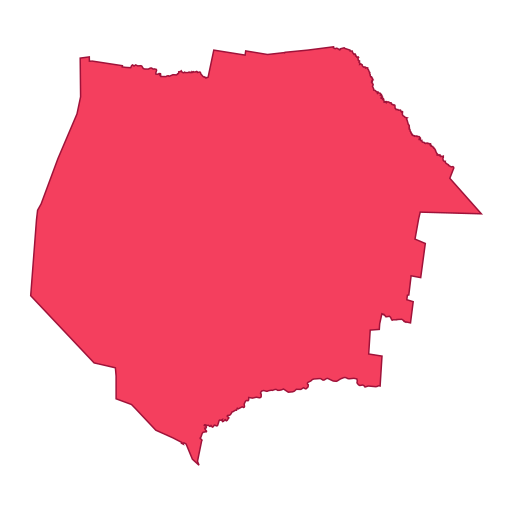 Hidalgo, Tamaulipas, Mexico (Robinson projection)
{"feature_id": "50627088B14720065725755", "entity_name": "Hidalgo", "entity_type": "district", "adm_level": 2, "iso_a3": "MEX", "parent_name": "Mexico", "parent_adm1": "Tamaulipas", "projection": "robinson", "projection_center": [-99.235, 24.164], "detail": "fine", "context": "isolated", "style": "filled", "palette": "rose", "viewbox_px": 512, "rotation_deg": 0, "n_neighbors": 0, "source": "geoboundaries", "source_scale": "gbopen_adm2", "svg_char_len": 5945}
<svg xmlns="http://www.w3.org/2000/svg" viewBox="0 0 512 512"><path d="M155.8,430.2L173.0,437.9L181.5,442.3L181.4,443.2L183.2,444.1L182.8,443.1L184.0,442.9L186.1,444.0L192.4,459.2L199.0,465.2L197.5,461.3L201.6,441.1L202.0,440.2L201.4,439.3L200.2,438.6L200.2,437.9L200.9,437.2L202.2,433.4L203.2,432.2L204.8,432.0L205.3,431.6L206.1,431.9L206.5,431.5L206.5,431.1L205.1,429.3L204.7,428.2L205.8,428.1L206.2,427.8L206.4,427.0L205.7,425.8L204.3,425.5L204.5,424.8L205.2,424.7L207.0,425.4L208.5,425.3L209.7,426.4L210.2,426.4L211.0,425.5L212.2,427.0L212.7,427.1L213.7,426.1L214.2,425.2L214.7,425.1L216.5,425.9L217.2,425.8L217.7,425.2L219.2,420.4L219.8,420.0L221.0,420.3L222.4,419.5L222.1,420.8L222.6,421.6L223.5,421.3L225.1,419.6L225.4,419.6L225.8,420.5L226.5,420.8L227.4,420.1L228.1,418.8L228.8,418.1L228.8,417.5L227.3,416.5L227.2,416.0L227.7,415.4L229.7,415.2L230.6,414.4L232.2,411.8L232.8,411.8L235.6,410.1L236.5,410.2L237.3,408.3L238.2,408.9L242.2,406.8L243.5,407.5L244.3,407.1L244.5,406.5L244.2,404.0L245.2,401.8L245.8,400.9L247.0,400.4L247.9,400.8L248.7,399.9L248.7,397.5L252.5,398.1L256.4,397.2L259.4,397.8L260.3,397.6L261.1,396.9L261.2,396.0L261.2,394.0L260.5,393.4L260.7,392.6L261.2,391.6L261.8,391.0L263.7,390.5L266.6,391.3L267.5,391.2L268.6,390.7L271.4,390.2L272.3,390.4L275.2,389.4L276.4,389.5L277.6,390.3L279.4,390.3L281.4,389.9L283.5,389.0L288.3,392.2L292.7,391.8L294.4,391.1L296.3,389.3L300.8,389.4L303.6,387.7L305.3,388.8L306.1,388.8L307.9,387.1L308.2,386.2L308.3,384.8L307.6,384.4L307.4,383.7L307.5,382.9L308.1,382.3L310.9,380.9L312.4,379.5L313.9,379.0L319.1,378.6L320.6,378.6L323.0,380.1L324.2,380.0L326.4,378.6L327.7,378.4L333.2,381.0L336.3,381.3L337.2,381.0L340.5,378.9L344.1,377.5L345.9,377.6L347.8,378.6L349.1,378.8L353.9,378.3L356.8,378.9L357.3,380.8L357.0,382.6L357.3,383.4L358.6,384.9L359.8,385.5L362.7,385.0L364.0,385.7L365.0,387.0L368.3,386.0L375.8,386.7L376.9,386.5L378.8,385.7L380.1,386.0L382.0,356.1L368.7,354.0L370.2,330.1L379.3,329.4L379.7,323.7L381.9,313.7L382.4,313.9L382.3,314.2L382.6,314.4L383.6,314.3L383.6,314.7L384.2,315.1L384.5,315.0L385.6,316.3L385.6,316.6L386.1,316.8L389.5,316.3L390.6,317.4L391.7,319.8L392.2,320.2L393.2,319.8L396.8,319.8L396.9,319.5L401.8,319.3L404.1,320.9L404.0,321.4L405.8,322.2L405.9,321.9L410.5,322.9L413.2,301.7L406.8,299.7L407.4,295.2L408.8,295.0L411.1,275.8L420.7,277.6L425.3,243.5L415.0,239.1L418.7,218.5L420.2,212.1L481.3,213.8L449.8,178.3L453.8,168.0L453.6,167.2L452.9,166.6L451.3,166.9L448.5,165.4L448.5,164.8L446.1,163.4L445.0,161.7L445.2,161.3L444.1,161.2L443.3,160.6L442.9,158.7L443.0,157.8L443.3,157.5L443.3,156.1L442.1,156.5L441.3,156.2L440.9,156.5L440.5,155.9L440.0,155.9L439.9,154.9L439.2,155.1L438.8,154.7L438.2,155.2L437.1,155.0L437.2,153.7L436.8,153.4L435.5,150.8L435.6,150.4L434.4,148.4L433.7,148.2L433.6,147.4L432.9,147.1L432.6,146.4L431.3,146.3L431.2,145.3L430.6,145.5L430.1,144.9L430.4,143.8L429.7,143.9L428.8,143.4L428.0,143.6L427.7,143.1L426.9,143.0L425.7,143.5L425.3,143.1L424.6,143.2L424.1,142.4L422.7,142.2L422.1,141.8L421.8,140.3L420.9,140.6L420.3,139.6L419.1,139.5L419.1,139.1L419.5,138.5L420.4,138.5L420.5,138.2L419.2,136.6L417.0,136.5L416.9,136.0L415.2,136.1L414.7,135.8L414.3,136.2L413.6,135.5L412.7,135.4L412.4,134.5L411.8,134.6L411.8,133.9L411.3,133.5L411.3,132.9L410.8,132.7L410.7,131.6L410.2,131.3L409.9,129.4L409.1,128.9L409.5,128.0L409.1,127.5L409.3,126.1L409.1,125.2L408.3,124.4L407.0,119.8L406.6,119.6L406.6,118.4L407.2,117.9L404.9,117.3L404.6,116.7L402.9,115.6L402.3,114.1L402.5,112.8L401.9,112.3L402.5,112.0L402.5,111.6L401.0,111.3L400.5,110.1L398.3,110.2L397.9,109.5L396.1,109.6L395.9,108.9L395.1,108.3L394.9,105.3L394.0,104.8L393.3,105.1L392.6,104.3L391.9,104.4L391.4,103.9L391.1,102.8L389.5,102.7L389.0,102.1L387.9,101.8L387.1,102.1L386.2,101.5L385.7,101.6L385.9,102.5L385.2,102.1L384.3,102.2L384.5,101.6L383.9,101.1L383.8,99.8L382.8,99.6L383.4,98.7L382.5,98.0L382.5,97.3L382.0,97.4L381.5,98.3L381.1,98.2L381.2,97.3L382.1,96.6L382.0,95.8L380.8,95.3L381.5,94.9L381.4,94.4L380.6,94.4L380.3,93.3L378.8,93.0L378.2,92.2L377.4,93.2L377.0,91.7L376.0,91.5L375.7,90.9L374.8,90.3L373.7,90.1L373.6,88.7L372.5,86.5L373.1,84.9L373.1,84.3L371.5,82.2L371.6,81.8L372.3,81.7L372.0,80.7L372.5,80.5L372.5,80.0L373.0,79.8L372.6,79.4L372.6,78.8L372.3,78.7L372.3,78.0L371.5,77.5L371.5,76.8L370.7,76.7L370.1,75.2L370.2,74.4L369.6,73.6L369.8,72.4L369.2,71.9L368.5,69.9L367.7,69.0L367.8,68.0L366.7,67.6L365.7,68.1L365.4,67.9L365.0,66.9L363.5,67.1L362.2,65.6L362.2,64.8L361.0,64.0L359.7,64.4L360.0,63.2L359.1,62.5L359.1,61.8L359.6,61.1L358.1,60.0L358.2,59.3L357.9,58.2L358.6,57.5L358.2,56.9L356.7,57.1L356.1,55.9L355.6,55.9L355.5,54.5L355.2,54.0L354.7,53.9L354.0,54.4L352.5,52.3L352.3,51.1L350.1,51.0L350.0,50.1L344.8,48.4L344.2,47.8L340.3,48.8L340.3,49.5L339.8,49.9L339.4,49.8L337.6,48.5L336.4,48.2L335.1,48.7L333.4,47.7L333.5,46.8L307.8,50.1L285.0,52.3L284.3,53.4L284.4,52.6L267.5,54.5L245.7,50.9L245.1,55.1L213.8,50.1L208.1,77.2L206.0,78.0L205.9,77.6L205.6,77.7L204.7,76.9L204.3,77.2L202.9,76.4L200.7,73.7L200.6,72.9L199.9,72.0L197.4,72.5L197.2,71.7L196.7,71.4L195.2,72.0L193.9,72.0L193.5,71.7L193.0,72.2L192.0,71.7L191.9,72.6L191.7,72.6L190.8,72.2L190.4,72.6L189.9,72.6L189.1,72.0L188.0,72.6L185.1,72.6L184.7,72.1L183.6,72.8L182.3,72.4L181.2,70.8L180.6,71.5L178.7,71.8L178.7,72.9L178.3,73.6L177.5,73.8L177.4,74.3L176.5,74.9L173.0,74.7L169.1,76.3L168.6,75.8L167.1,75.9L166.0,76.6L160.8,76.5L159.6,74.8L159.5,74.0L160.6,74.6L160.5,73.7L159.6,73.5L157.3,74.3L155.9,74.1L155.8,72.9L156.6,70.3L156.3,69.4L154.4,68.9L153.2,69.1L151.5,68.0L150.2,68.1L148.3,69.1L144.6,69.0L143.3,68.5L141.7,66.0L140.7,65.7L137.7,65.9L135.7,64.9L134.0,66.0L132.6,64.9L132.2,65.1L131.5,65.8L130.7,67.7L125.8,67.4L122.2,66.9L122.4,65.7L92.4,61.1L89.4,61.2L89.3,56.9L80.2,58.1L80.6,96.8L77.0,113.9L57.9,158.7L41.1,204.0L37.6,210.2L36.5,219.7L30.7,295.7L94.1,362.9L115.4,367.8L116.1,376.1L116.1,398.8L131.5,404.5L135.5,408.6L155.8,430.2Z" fill="#f43f5e" stroke="#9f1239" stroke-width="1.5"/></svg>